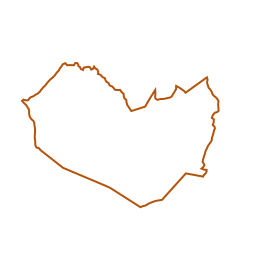 outline of Carira, Sergipe, Brazil, rotated 74°
{"feature_id": "56859067B91089442676951", "entity_name": "Carira", "entity_type": "district", "adm_level": 2, "iso_a3": "BRA", "parent_name": "Brazil", "parent_adm1": "Sergipe", "projection": "albers", "projection_center": [-37.744, -10.353], "detail": "fine", "context": "isolated", "style": "outline", "palette": "amber", "viewbox_px": 256, "rotation_deg": 74, "n_neighbors": 0, "source": "geoboundaries", "source_scale": "gbopen_adm2", "svg_char_len": 2310}
<svg xmlns="http://www.w3.org/2000/svg" viewBox="0 0 256 256"><g transform="rotate(74 128 128)"><path d="M195.4,69.2L194.1,68.1L193.3,66.2L191.6,64.5L189.9,64.0L189.0,66.4L187.3,68.5L186.4,66.6L184.9,64.8L182.9,65.1L181.0,65.6L179.4,64.7L177.6,63.7L175.8,62.5L174.1,61.2L172.3,60.3L170.8,59.2L169.0,57.5L167.1,55.9L165.8,54.3L164.3,52.3L162.9,50.9L160.4,49.9L158.4,48.5L156.4,47.2L154.2,46.1L152.3,44.5L150.4,44.5L148.5,45.7L146.8,44.4L145.0,43.7L143.3,43.1L141.3,44.6L139.7,43.5L138.5,42.2L137.2,40.3L137.3,37.9L136.4,36.2L133.7,35.5L131.9,35.2L130.3,34.9L128.7,34.3L127.1,33.6L125.0,34.1L123.1,34.9L121.3,36.2L119.3,37.3L116.2,37.6L113.5,38.4L111.6,39.4L109.2,39.5L106.5,39.6L104.9,38.9L103.4,38.2L101.1,38.2L109.9,62.9L107.8,64.0L106.0,65.4L104.1,66.9L102.2,68.7L100.9,70.1L103.9,71.1L106.3,73.6L108.2,75.8L109.9,77.5L110.3,79.4L110.1,81.4L110.1,83.2L109.8,86.1L109.1,88.9L109.0,92.0L107.2,93.5L105.0,93.2L102.9,92.3L101.2,91.9L99.0,91.4L104.7,97.8L112.2,105.7L112.6,120.1L110.3,120.9L107.8,121.6L106.0,122.3L103.2,122.4L100.6,121.9L98.6,123.2L96.1,123.3L93.9,122.8L91.8,124.2L89.2,125.1L88.7,127.5L87.6,130.0L85.7,130.7L83.8,131.7L82.6,133.4L81.2,134.1L79.2,134.4L77.6,136.0L75.5,136.5L73.8,136.4L72.1,138.4L69.2,139.8L67.7,142.0L65.7,141.1L63.3,141.4L61.8,142.9L59.6,143.7L61.5,145.4L61.7,147.3L59.2,147.8L58.2,149.3L58.1,151.1L57.7,153.8L59.8,155.3L58.3,157.0L56.3,157.4L54.9,158.5L53.1,158.4L51.5,159.0L51.1,161.0L52.7,162.7L52.1,164.8L51.4,166.9L50.9,169.2L48.4,170.4L48.8,173.2L50.4,174.8L51.7,176.9L53.7,178.7L55.1,181.2L57.0,183.5L58.0,185.2L59.0,187.1L59.9,189.3L60.8,190.8L61.8,192.4L63.3,194.5L64.8,196.6L65.4,198.1L66.5,199.6L67.4,201.1L68.8,202.7L70.1,205.5L70.6,208.0L71.5,210.6L71.5,212.3L72.1,214.3L73.8,216.3L73.2,218.8L71.9,220.7L72.8,222.4L75.4,221.1L77.6,219.7L79.9,219.0L82.2,218.3L84.2,218.3L86.1,218.9L87.7,219.2L89.6,219.3L91.8,218.9L93.6,218.0L95.1,217.0L96.9,216.6L98.6,217.0L100.8,217.3L103.0,217.5L106.3,218.5L108.5,219.3L111.1,220.2L113.3,220.6L115.6,220.9L118.0,221.6L119.9,221.8L121.7,221.2L122.6,219.3L125.0,218.3L148.3,201.5L178.6,164.0L180.6,161.7L207.6,137.8L207.2,135.6L207.4,132.8L206.9,130.7L206.3,128.6L206.1,126.9L205.9,124.9L205.7,121.4L206.1,118.4L206.4,114.9L204.5,112.0L200.2,105.1L187.6,84.9L195.4,69.2Z" fill="none" stroke="#b45309" stroke-width="2"/></g></svg>